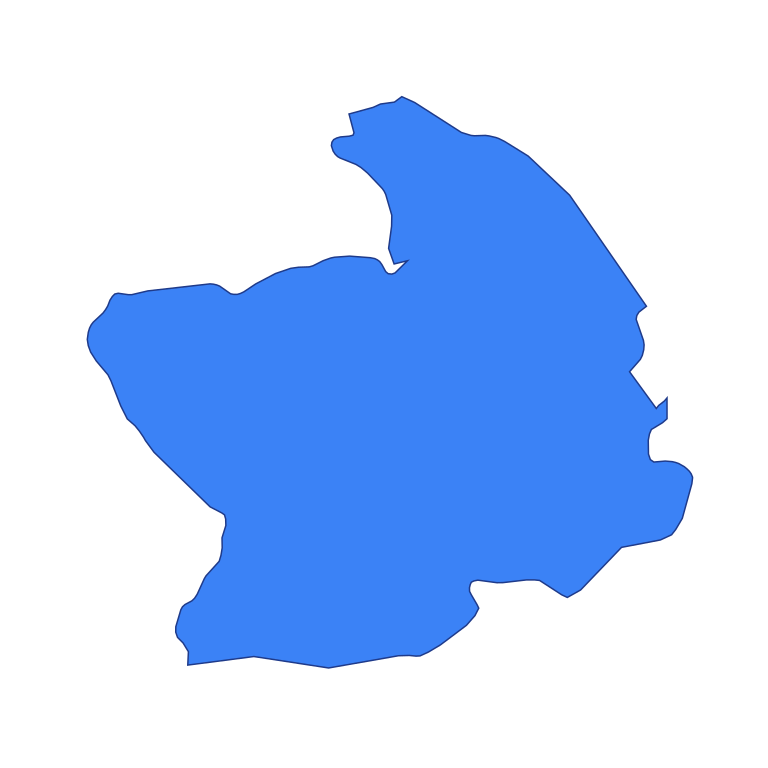 an SVG outline of Chai Nat, rotated 344°
{"feature_id": "THA-407", "entity_name": "Chai Nat", "entity_type": "Province", "adm_level": 1, "iso_a3": "THA", "parent_name": "Thailand", "parent_adm1": "", "projection": "robinson", "projection_center": [100.013, 15.165], "detail": "fine", "context": "isolated", "style": "filled", "palette": "blue", "viewbox_px": 768, "rotation_deg": 344, "n_neighbors": 0, "source": "natural_earth", "source_scale": "10m", "svg_char_len": 2367}
<svg xmlns="http://www.w3.org/2000/svg" viewBox="0 0 768 768"><g transform="rotate(344 384 384)"><path d="M501.4,639.7L496.7,635.6L479.4,615.7L474.4,613.7L467.0,611.6L443.5,607.7L437.7,606.1L420.1,598.4L416.1,598.1L413.3,598.6L411.6,600.6L410.0,603.4L409.1,606.9L409.8,610.6L412.6,621.6L413.3,625.6L407.6,631.7L396.7,638.7L366.4,650.3L352.9,653.9L343.7,655.3L339.8,654.4L333.5,651.9L323.0,649.2L252.5,641.7L183.8,610.1L117.9,600.1L122.2,587.4L119.5,577.6L115.7,570.7L115.4,565.1L117.0,559.9L126.5,545.0L128.9,542.6L132.0,541.1L139.5,539.5L142.8,537.8L146.5,534.6L157.7,521.5L160.1,519.3L176.7,509.0L180.1,503.7L183.3,496.9L185.9,487.2L193.0,476.4L194.6,470.1L194.6,465.8L192.5,463.2L183.0,454.2L144.1,386.2L139.1,372.7L138.2,368.9L135.9,361.9L133.2,355.5L127.6,346.8L124.9,332.5L122.4,305.6L121.2,299.1L113.8,282.6L110.8,272.5L110.3,265.6L111.1,259.3L114.0,252.8L116.4,249.1L119.0,246.3L121.6,244.4L133.5,238.3L136.8,235.8L139.9,232.9L143.7,227.9L147.0,225.0L150.0,223.3L153.5,223.5L162.7,227.6L166.1,228.6L182.6,229.4L244.4,239.8L247.5,241.0L250.4,242.6L253.0,244.6L261.4,255.0L264.2,256.4L267.6,257.4L270.9,257.4L274.6,256.8L288.4,252.4L310.1,247.9L326.2,247.1L334.0,248.2L344.4,250.8L348.3,250.8L359.5,248.7L367.6,248.2L371.4,248.5L386.2,251.6L405.6,258.8L409.7,260.9L411.8,262.8L413.6,265.1L414.9,268.7L416.6,276.4L418.4,279.1L421.8,280.5L425.2,280.3L440.5,272.0L426.8,271.4L425.8,254.9L434.8,234.4L438.0,224.0L437.9,202.3L437.3,198.8L436.3,195.8L426.4,176.8L421.5,169.5L417.6,165.2L404.1,154.7L402.1,152.6L400.4,149.6L399.3,146.1L399.1,140.4L400.6,137.2L403.0,135.2L406.3,134.5L410.2,134.5L418.9,136.2L422.8,136.3L424.4,134.2L424.8,114.8L449.7,115.1L457.8,113.9L471.7,115.9L480.3,112.7L491.1,121.9L527.7,163.5L536.1,169.0L539.3,170.3L550.0,173.0L553.4,174.5L559.5,177.9L561.9,179.6L566.8,184.1L585.4,204.6L614.5,253.7L657.7,381.6L648.8,385.2L645.9,387.9L644.2,391.4L645.4,413.6L644.8,418.1L643.1,422.7L640.2,427.7L637.2,431.0L623.4,439.9L639.0,482.6L642.2,480.3L648.9,477.6L652.2,475.4L646.5,495.4L641.0,498.0L628.5,501.4L625.4,505.2L622.5,511.0L618.9,524.3L619.2,530.1L621.9,533.4L633.1,535.6L639.7,538.1L642.7,539.8L645.4,541.7L649.9,546.3L651.8,549.1L653.5,552.1L654.5,555.0L654.9,558.5L654.7,559.4L652.4,564.8L633.7,595.4L624.4,604.2L618.9,608.2L606.7,610.1L567.3,606.5L516.2,636.2L501.4,639.7Z" fill="#3b82f6" stroke="#1e3a8a" stroke-width="1.5"/></g></svg>